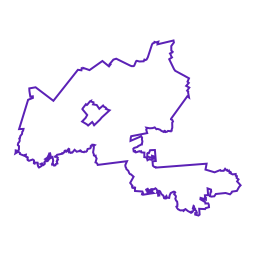 the district of Olaines pag., Olaines, Latvia
{"feature_id": "27541924B81919348432461", "entity_name": "Olaines pag.", "entity_type": "district", "adm_level": 2, "iso_a3": "LVA", "parent_name": "Latvia", "parent_adm1": "Olaines", "projection": "mercator", "projection_center": [24.014, 56.772], "detail": "fine", "context": "isolated", "style": "outline", "palette": "violet", "viewbox_px": 256, "rotation_deg": 0, "n_neighbors": 0, "source": "geoboundaries", "source_scale": "gbopen_adm2", "svg_char_len": 5855}
<svg xmlns="http://www.w3.org/2000/svg" viewBox="0 0 256 256"><path d="M135.0,191.0L142.4,191.5L143.0,193.2L142.1,193.7L142.0,194.2L143.0,194.1L143.1,194.7L147.7,194.0L147.4,191.9L147.6,191.3L146.6,190.7L146.2,189.6L147.7,188.8L148.5,190.0L149.9,190.4L150.1,191.4L149.2,191.6L149.5,193.7L153.6,193.1L152.5,192.2L150.2,191.8L150.0,190.4L150.4,190.4L150.3,189.9L150.9,189.5L151.3,189.9L151.2,190.5L151.8,190.8L152.4,190.4L151.9,189.1L154.3,189.1L155.4,188.3L156.4,189.1L157.0,190.2L157.4,191.4L157.0,192.6L157.9,192.4L158.2,195.7L159.3,195.5L158.6,192.8L158.6,191.4L158.9,190.8L159.6,191.0L160.2,191.6L161.3,194.0L163.3,195.6L164.1,198.2L165.2,198.5L165.8,198.4L165.4,197.1L166.4,196.0L167.0,197.7L169.2,197.9L169.6,195.5L170.7,193.1L173.5,191.7L174.6,191.8L175.2,192.4L174.1,194.1L175.7,195.8L175.9,196.5L175.7,197.6L175.3,198.7L176.1,200.6L177.1,201.5L177.5,204.4L177.3,204.7L177.4,206.0L176.4,206.6L176.8,207.6L178.0,209.2L180.3,210.4L183.1,210.3L183.5,210.9L184.1,210.4L183.9,210.0L185.5,209.1L187.8,211.0L190.4,212.4L191.0,211.9L191.3,212.7L192.2,212.2L194.1,209.6L192.8,208.6L193.6,205.9L193.9,206.1L194.4,208.1L195.1,208.9L194.6,209.7L196.1,210.7L196.9,212.8L195.2,213.1L195.2,214.6L198.5,215.5L199.6,214.6L199.2,208.8L205.1,209.1L205.7,208.1L209.0,207.2L208.8,204.7L208.2,203.4L205.4,203.5L205.3,202.2L200.4,199.3L200.6,197.9L203.3,198.7L204.2,198.6L203.9,199.4L205.9,199.8L205.9,197.9L205.1,197.9L204.9,195.3L208.1,195.1L207.6,188.4L211.0,189.6L211.2,191.8L210.6,192.2L209.9,196.2L211.4,196.6L214.3,196.3L215.8,194.0L225.6,193.0L230.0,194.3L231.6,192.7L231.7,192.1L232.1,191.6L236.9,190.9L239.0,187.1L240.6,185.3L237.1,181.4L238.5,179.4L236.6,177.9L236.9,176.2L235.8,175.8L235.7,174.0L232.6,174.4L230.0,173.1L230.8,172.3L230.5,171.9L229.6,171.7L229.3,171.2L228.9,171.3L228.8,170.8L228.5,171.1L228.3,170.8L228.5,170.6L228.4,170.7L228.3,170.9L227.5,170.9L227.1,169.9L226.3,170.1L225.1,168.8L223.7,170.8L220.8,170.8L220.2,170.1L214.6,172.3L205.5,169.6L206.6,163.7L155.8,167.6L155.7,167.1L154.4,167.0L152.9,165.7L152.5,161.3L155.8,161.0L154.9,150.0L150.1,150.2L148.9,153.1L147.8,153.0L147.3,153.5L147.3,156.4L149.6,157.3L152.3,157.5L152.1,155.8L153.4,156.2L154.4,158.8L152.9,158.8L151.1,159.7L148.9,159.3L147.5,160.2L146.7,157.5L144.3,157.1L144.4,152.6L141.4,152.4L141.0,151.2L140.0,151.6L139.4,151.2L135.8,152.4L135.2,152.2L135.1,151.0L133.7,151.3L133.3,148.8L134.2,147.9L137.5,146.9L138.1,146.1L141.3,144.6L141.8,143.5L142.0,143.7L142.4,141.3L141.9,139.4L142.1,137.8L141.2,136.3L130.5,140.9L130.7,138.0L131.2,136.2L147.2,133.1L146.2,129.7L146.9,128.6L146.4,127.7L149.9,128.3L152.6,128.1L154.7,127.4L156.4,129.2L157.7,128.9L160.0,129.7L161.3,130.8L163.6,131.9L164.0,131.2L164.7,130.8L165.0,131.0L164.9,131.9L165.4,132.1L167.0,131.7L168.0,130.9L170.9,131.3L171.2,130.7L171.7,130.6L171.7,129.3L172.1,128.5L172.3,127.4L172.2,122.6L173.0,121.5L172.3,120.0L171.0,119.3L171.1,118.7L187.3,96.3L189.0,97.5L188.1,92.5L188.2,91.5L187.1,90.7L189.3,87.6L186.2,85.9L188.8,82.9L187.5,81.7L189.0,78.3L175.2,70.8L174.0,69.1L169.2,59.2L172.0,57.4L171.1,56.0L170.7,54.7L170.0,53.5L172.5,52.3L172.7,51.8L171.3,50.6L171.3,46.0L173.9,42.5L173.5,40.5L157.6,44.3L158.3,41.7L156.9,42.1L156.8,42.6L154.5,41.9L154.2,42.8L152.6,43.5L151.9,44.8L147.8,57.3L146.6,59.5L145.5,60.1L144.4,59.6L143.7,61.3L139.4,61.5L136.8,60.8L136.1,61.2L134.2,65.7L133.6,66.1L131.5,66.1L130.2,65.6L116.2,58.7L113.4,59.6L109.7,64.0L110.5,64.4L109.0,66.4L102.4,61.0L89.5,70.1L83.5,68.0L83.5,68.4L81.7,68.2L81.4,70.3L77.9,69.8L53.4,100.8L35.6,87.3L29.3,88.4L29.4,90.9L30.3,96.6L32.8,96.3L32.9,97.9L28.1,99.8L19.1,129.1L23.5,128.9L23.1,130.7L22.3,131.7L22.0,134.0L20.3,136.1L19.9,138.2L19.3,138.5L19.7,139.9L19.6,141.1L18.9,142.4L18.3,142.9L17.8,144.8L17.9,145.2L19.0,146.1L18.9,149.6L18.5,150.5L17.5,150.8L15.7,150.4L15.7,152.3L15.4,153.4L18.3,151.7L19.9,152.9L19.9,154.0L24.1,155.7L24.0,155.2L25.9,154.7L25.7,156.3L26.4,157.1L27.5,157.1L27.8,157.7L27.5,159.2L27.8,159.6L27.6,159.8L27.7,160.1L29.0,160.8L32.7,159.5L33.7,160.1L34.0,160.5L33.9,163.3L34.6,163.6L34.9,162.6L37.6,162.7L37.8,163.6L37.6,164.5L38.3,166.7L39.0,167.5L41.5,166.0L42.3,165.1L42.2,164.7L40.7,164.0L42.0,163.4L43.4,165.0L44.6,164.1L44.8,163.2L44.3,162.4L45.2,161.1L46.5,160.9L46.2,159.7L45.2,159.1L47.4,157.6L49.2,154.0L49.2,153.5L50.1,153.3L50.7,156.0L50.0,155.7L49.3,156.1L47.1,160.2L46.9,160.1L46.8,161.2L47.6,161.1L49.1,159.1L51.0,157.3L51.1,157.8L52.5,157.0L53.2,160.7L52.7,163.0L52.0,164.2L52.2,164.7L53.2,164.0L54.1,165.6L55.4,165.3L55.9,164.0L57.4,163.5L56.9,161.9L57.0,161.7L56.7,161.4L57.1,160.3L57.5,160.3L58.0,159.6L57.4,158.7L57.8,157.7L56.9,156.9L55.2,156.9L55.1,156.5L56.2,155.9L57.1,154.8L62.4,153.7L62.4,153.1L63.0,153.2L64.3,152.3L64.5,152.0L64.4,151.3L64.9,150.7L65.4,150.6L65.6,151.4L66.3,151.7L68.6,148.8L69.2,149.1L69.3,150.3L69.0,151.4L68.6,151.7L69.1,152.5L69.9,152.3L71.0,152.4L71.0,152.8L72.3,152.6L74.6,149.8L76.7,151.7L78.8,151.2L80.0,150.5L80.2,151.1L81.0,150.9L81.4,151.7L84.0,152.2L84.5,151.6L86.0,151.8L86.9,151.1L87.6,149.0L90.1,148.4L90.8,147.6L90.7,146.1L91.3,145.5L92.1,145.6L92.3,144.7L93.9,144.8L94.8,145.1L93.8,145.9L93.8,147.9L93.1,152.3L93.9,154.5L93.9,155.4L94.9,155.9L95.6,155.7L95.7,156.8L96.6,158.5L95.5,162.4L96.4,162.7L97.4,163.9L97.7,164.9L127.0,161.2L125.3,165.1L125.4,166.1L125.7,167.3L126.1,167.8L126.4,169.1L128.3,170.8L129.2,173.1L130.0,174.1L130.9,174.3L133.6,176.7L130.2,182.9L132.5,186.0L132.0,186.7L132.4,187.8L133.3,188.0L134.4,187.4L135.1,187.6L134.9,189.6L135.0,191.0ZM93.5,102.3L93.5,103.7L93.1,104.4L96.7,105.0L99.3,108.8L103.1,105.5L104.1,106.8L105.6,107.5L106.4,108.4L106.0,109.0L109.6,110.3L101.7,117.5L100.0,119.6L94.1,125.3L93.6,124.6L93.5,123.8L92.2,122.0L88.1,125.5L86.8,124.3L82.1,121.5L85.6,117.9L87.2,115.0L82.4,109.2L82.5,108.7L85.9,104.2L86.8,105.0L87.2,104.8L90.0,101.3L90.9,100.9L90.7,101.5L93.5,102.3Z" fill="none" stroke="#5b21b6" stroke-width="2"/></svg>